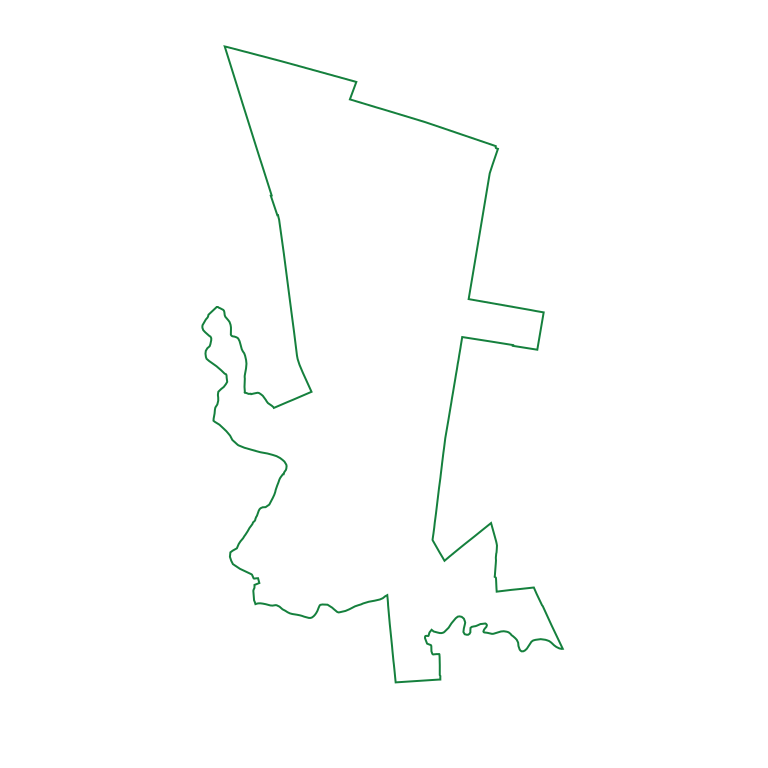 Tandarei, Ialomita, Romania (Natural Earth projection), rotated 15°
{"feature_id": "2599482B96283666408725", "entity_name": "Tandarei", "entity_type": "district", "adm_level": 2, "iso_a3": "ROU", "parent_name": "Romania", "parent_adm1": "Ialomita", "projection": "natural_earth1", "projection_center": [27.631, 44.699], "detail": "fine", "context": "isolated", "style": "outline", "palette": "green", "viewbox_px": 768, "rotation_deg": 15, "n_neighbors": 0, "source": "geoboundaries", "source_scale": "gbopen_adm2", "svg_char_len": 6137}
<svg xmlns="http://www.w3.org/2000/svg" viewBox="0 0 768 768"><g transform="rotate(15 384 384)"><path d="M472.5,669.2L513.2,655.4L514.9,654.9L514.3,652.8L514.2,652.2L513.9,651.3L513.2,650.7L510.7,641.3L508.4,633.4L507.9,632.0L507.5,630.8L507.3,630.6L507.1,630.6L505.9,631.0L504.9,631.2L504.2,631.5L503.0,631.9L501.5,632.5L500.9,632.4L500.2,631.7L499.0,629.9L497.5,624.8L496.7,624.0L496.2,624.0L494.0,623.8L492.8,623.6L492.5,623.2L489.9,619.6L489.3,618.7L489.1,617.3L489.3,616.7L490.4,616.2L491.9,616.0L492.2,615.6L492.2,612.9L492.3,612.1L493.6,609.1L496.0,610.2L500.2,610.2L502.5,610.1L504.1,609.7L505.9,608.6L506.7,607.5L509.5,602.7L511.1,597.7L513.9,591.7L515.5,589.6L517.1,588.9L519.3,588.8L521.9,590.0L523.4,592.1L524.2,593.5L524.3,595.1L524.4,599.5L524.9,603.0L526.7,604.8L528.6,604.8L530.2,604.4L531.3,603.1L531.7,601.4L531.2,599.7L530.7,597.2L531.6,595.9L533.5,594.9L535.1,594.2L536.5,593.2L539.3,590.9L541.2,590.2L543.9,589.1L544.7,589.3L545.4,589.8L545.8,590.3L545.8,591.0L545.7,592.2L545.1,593.3L544.5,594.6L544.2,595.6L544.1,596.6L544.1,597.4L544.6,597.9L545.3,598.0L548.1,597.6L553.0,597.4L554.4,596.9L561.0,592.8L563.7,591.8L566.7,591.5L568.6,591.6L570.9,592.6L572.2,593.6L573.6,594.1L576.3,595.4L578.4,596.7L580.5,599.1L581.7,602.3L583.8,605.4L584.9,606.2L586.1,606.6L587.8,606.1L589.1,604.9L590.5,602.7L593.1,594.8L594.5,593.1L596.6,591.9L601.4,589.9L606.1,589.3L608.4,589.4L610.2,589.6L612.5,590.5L616.0,592.4L618.6,593.4L621.7,594.0L624.1,593.9L625.2,593.5L608.2,573.6L594.8,557.4L594.0,556.9L585.8,547.3L581.4,541.8L569.8,546.3L560.3,549.9L546.6,555.4L545.5,552.2L542.9,544.0L542.3,542.3L541.8,541.9L540.8,541.6L540.6,539.9L540.2,537.9L539.5,534.2L538.9,531.0L538.5,528.8L537.8,525.3L537.4,524.2L536.9,522.5L536.6,520.5L536.3,518.8L536.3,517.6L535.7,514.4L534.9,510.7L534.7,510.3L533.9,508.6L533.0,506.9L529.3,500.6L523.4,490.6L516.5,500.0L510.9,507.7L503.9,517.1L500.9,521.2L497.3,526.2L492.0,533.6L488.2,539.1L485.4,536.3L481.3,532.3L471.5,522.4L471.2,521.9L470.7,517.7L470.5,515.9L469.7,509.8L468.9,504.7L468.3,500.0L467.7,495.5L464.1,470.4L462.8,460.3L462.2,456.3L461.5,451.4L461.0,447.9L460.7,446.0L460.2,442.4L459.2,435.3L458.6,430.5L457.8,424.7L457.2,420.4L455.5,401.8L454.3,389.5L453.8,384.2L453.4,380.6L452.8,373.9L452.2,367.8L451.5,360.4L451.1,356.6L450.6,350.8L450.0,345.3L449.7,341.3L449.2,336.7L448.5,329.1L448.3,327.5L447.4,318.4L477.2,315.2L498.6,313.0L498.6,313.8L523.2,311.2L519.7,273.5L512.0,274.2L506.4,274.6L443.8,280.1L437.8,217.3L431.6,153.1L432.1,143.7L433.2,127.4L431.8,127.3L431.0,127.1L430.7,126.7L430.4,125.3L392.7,122.8L356.2,120.4L310.4,118.9L305.4,118.8L277.5,117.9L277.4,117.9L277.5,116.7L278.3,108.0L279.1,99.4L201.4,98.8L145.3,99.1L142.8,99.2L150.1,110.7L163.1,131.2L173.1,147.0L174.4,149.1L179.9,157.7L192.8,178.0L205.6,198.1L208.4,202.4L212.2,208.3L226.7,231.0L225.9,231.4L237.3,248.6L237.9,248.3L239.1,250.6L240.1,252.3L253.4,283.7L272.3,329.6L275.0,336.1L275.1,336.4L283.4,356.4L292.6,379.1L294.1,382.2L295.9,385.0L297.4,387.3L302.6,394.0L316.0,410.3L300.3,422.7L295.6,426.3L283.8,435.6L283.4,435.1L281.4,434.1L278.9,433.2L276.9,432.5L275.2,431.2L274.0,430.0L269.9,426.7L267.3,425.6L266.3,425.3L265.7,425.1L264.8,425.1L264.1,425.2L260.5,427.0L258.3,428.2L257.9,427.9L257.5,428.0L255.8,428.6L253.1,428.3L252.0,428.5L251.6,428.2L251.5,427.2L250.0,422.9L249.1,418.9L248.2,414.9L247.6,413.3L247.3,411.9L246.7,404.6L245.9,400.0L244.6,396.6L242.5,392.6L241.0,390.5L239.2,389.0L237.6,387.2L235.3,383.2L233.4,380.0L231.3,377.7L229.6,377.1L227.1,376.9L226.0,377.1L225.2,377.1L224.4,376.9L223.7,376.4L223.3,376.0L222.0,370.7L221.5,368.9L220.5,366.6L218.8,364.1L217.2,362.8L213.3,360.1L212.3,358.7L211.2,355.9L210.4,354.6L209.5,354.0L206.4,353.3L204.5,353.0L203.6,352.6L202.5,352.9L196.6,362.4L196.5,362.7L196.6,364.0L196.4,365.4L195.2,367.8L194.3,371.2L193.5,374.2L193.7,375.6L194.1,376.8L195.5,378.8L197.9,380.3L202.9,382.8L204.1,383.1L205.3,384.5L205.8,386.5L205.8,387.2L206.0,390.5L205.8,392.7L204.1,395.2L203.3,398.1L203.7,400.9L205.0,404.0L206.1,405.6L209.0,407.0L217.6,410.2L223.2,412.9L227.5,415.3L228.7,415.4L229.3,415.9L229.8,416.8L230.3,418.4L232.0,422.5L231.3,425.1L230.0,428.3L228.0,431.0L226.0,434.3L226.1,435.6L226.4,437.6L227.4,440.1L228.2,443.0L228.3,446.9L227.2,450.3L227.3,452.4L228.0,456.4L228.4,461.5L228.8,463.6L230.3,464.3L235.6,465.9L243.8,470.3L248.7,473.7L252.0,477.3L258.4,480.6L259.3,480.9L265.7,481.7L278.8,481.9L282.3,481.9L289.4,481.3L294.8,481.3L298.9,481.5L302.8,482.4L305.7,483.6L307.9,484.7L310.5,487.2L311.2,488.6L311.2,489.0L311.5,490.6L311.5,492.3L310.9,493.9L310.4,495.4L310.5,496.5L310.4,497.2L309.7,497.3L308.4,500.6L308.0,501.8L307.7,503.4L307.5,506.4L307.1,509.9L306.8,514.4L306.9,516.4L306.7,519.3L306.1,522.7L304.4,530.2L301.5,533.6L298.7,534.5L297.2,535.7L296.9,536.0L296.2,537.2L295.8,538.9L295.4,544.1L294.9,545.8L294.7,547.8L294.8,548.3L294.8,548.7L294.4,550.0L293.8,550.8L293.3,551.7L293.2,553.1L292.6,554.8L291.4,557.7L290.4,561.6L289.1,565.6L288.5,567.1L287.8,569.5L286.1,573.1L285.1,576.1L284.4,580.8L281.0,584.1L279.2,586.4L279.9,590.8L282.2,594.3L284.7,597.1L292.7,599.8L298.2,600.8L305.3,602.1L305.9,602.4L308.3,605.4L308.9,605.6L310.8,604.8L312.6,604.2L315.1,608.5L310.9,611.6L311.5,613.8L311.6,614.6L311.5,615.2L311.3,616.3L311.3,617.6L314.5,626.6L315.6,628.0L316.8,629.9L318.5,628.8L320.0,628.2L321.6,627.8L323.9,627.5L326.8,627.3L329.2,627.3L331.6,627.3L333.7,626.9L336.4,625.7L337.6,625.5L340.7,626.1L344.3,627.9L347.4,628.6L349.9,629.4L352.5,629.9L355.0,629.9L359.6,629.4L362.7,629.2L364.7,629.2L367.2,629.4L372.0,629.4L373.5,629.0L374.7,628.3L376.1,626.6L377.1,624.7L377.8,622.8L378.4,620.4L378.8,616.8L379.2,614.5L379.7,613.8L381.6,612.9L386.6,611.8L390.7,613.1L391.7,613.4L394.1,614.6L397.8,616.3L399.2,616.4L400.4,615.9L403.0,614.5L405.5,613.2L408.8,610.6L410.9,608.7L413.5,606.3L416.5,604.3L418.9,602.8L420.6,601.4L425.6,598.3L431.1,595.7L435.8,593.2L438.3,591.2L440.2,588.6L441.3,587.6L441.8,587.1L443.4,591.3L444.6,594.7L445.2,596.6L451.6,614.1L457.4,629.3L459.9,635.9L461.2,639.5L462.9,644.0L464.7,648.8L466.1,652.3L467.6,656.2L469.0,659.9L470.6,664.2L472.5,669.2Z" fill="none" stroke="#15803d" stroke-width="2"/></g></svg>